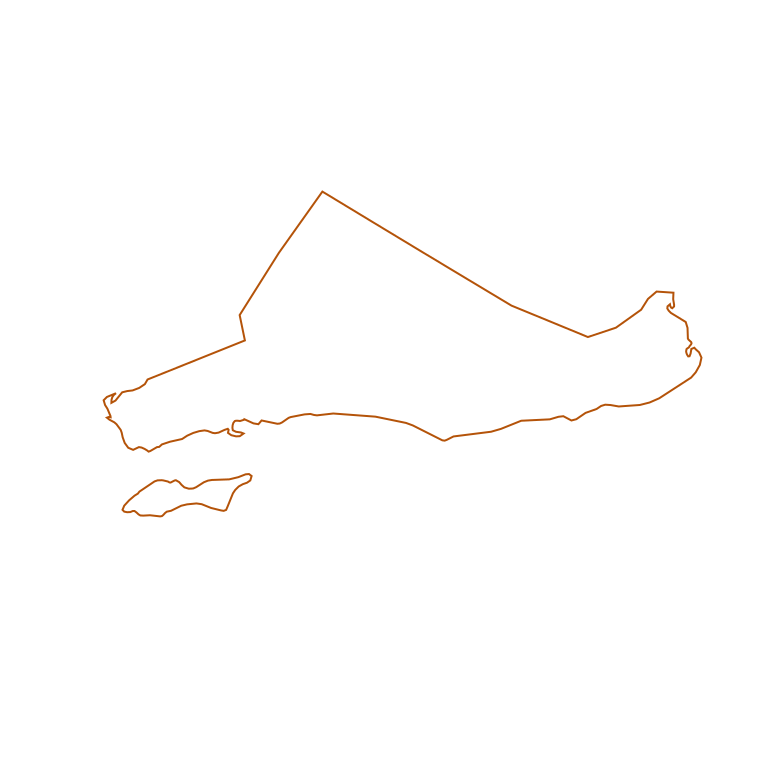 outline of Ash Sharqiyah South, rotated 51°
{"feature_id": "OMN-2406", "entity_name": "Ash Sharqiyah South", "entity_type": "Region", "adm_level": 1, "iso_a3": "OMN", "parent_name": "Oman", "parent_adm1": "", "projection": "albers", "projection_center": [58.929, 21.395], "detail": "fine", "context": "isolated", "style": "outline", "palette": "amber", "viewbox_px": 768, "rotation_deg": 51, "n_neighbors": 0, "source": "natural_earth", "source_scale": "10m", "svg_char_len": 2890}
<svg xmlns="http://www.w3.org/2000/svg" viewBox="0 0 768 768"><g transform="rotate(51 384 384)"><path d="M495.2,101.6L500.1,105.9L505.0,108.7L506.3,109.8L506.5,112.3L505.2,112.8L503.4,112.4L502.0,111.6L502.1,114.8L503.6,116.3L506.2,116.6L509.3,116.3L525.7,110.5L531.4,112.8L540.0,119.3L541.3,119.4L544.7,118.9L545.8,119.3L546.4,120.3L546.9,122.8L547.4,124.0L547.4,124.6L547.2,125.7L547.3,127.0L548.8,128.7L549.9,129.3L551.2,129.8L552.6,130.1L554.0,130.2L554.7,129.1L553.3,126.6L550.2,123.1L551.1,120.0L553.3,119.9L557.6,119.2L563.3,120.7L568.0,126.6L571.1,134.4L572.3,141.3L568.3,179.1L565.5,189.3L561.3,198.4L549.2,215.7L542.9,221.2L539.3,225.1L537.7,229.1L537.2,234.5L533.3,245.5L532.4,256.7L530.3,261.3L521.9,264.9L519.3,269.0L515.8,277.4L498.9,300.5L492.5,321.3L488.5,330.8L468.5,363.0L466.9,370.4L466.2,372.5L464.5,374.1L434.3,387.7L428.1,391.4L404.0,411.2L375.0,442.0L366.2,455.8L364.0,457.9L361.0,460.0L357.6,464.9L351.0,477.3L350.3,479.4L349.7,487.5L349.1,489.9L347.8,491.9L335.3,502.1L336.2,506.9L332.5,510.2L323.5,514.7L323.8,515.1L322.1,519.3L321.9,519.4L320.4,520.9L319.4,522.1L318.9,523.3L319.4,525.5L320.8,527.6L322.7,529.4L324.8,530.6L328.0,529.1L331.6,525.7L334.1,524.3L333.8,528.9L331.6,531.9L327.7,534.9L323.8,536.0L321.8,533.6L320.5,533.6L319.3,536.8L317.7,543.1L315.9,546.3L314.2,547.9L309.5,550.6L307.1,552.7L304.4,557.2L302.0,563.0L300.3,569.5L299.7,575.5L294.2,586.6L291.2,594.6L291.4,598.3L290.2,600.1L289.0,607.8L288.4,609.5L286.6,609.9L283.8,610.9L280.8,612.4L278.8,614.2L277.3,620.4L272.6,622.9L266.6,622.6L260.9,620.6L256.8,618.5L253.9,617.5L246.9,617.2L244.1,617.7L239.0,619.8L235.8,620.5L236.5,618.4L237.8,617.4L236.7,616.7L229.1,614.5L224.8,614.0L220.2,612.1L219.7,607.5L222.5,598.1L222.5,601.0L223.3,603.6L224.9,605.8L227.1,607.7L227.9,603.1L225.7,592.7L227.9,588.0L230.8,583.4L233.0,576.7L233.6,569.9L231.7,564.9L262.6,464.7L239.6,452.8L215.9,383.1L195.7,310.8L251.0,290.9L305.3,271.3L355.6,253.0L403.3,235.6L449.6,210.3L475.8,196.0L486.2,168.3L488.1,137.4L484.0,125.3L483.7,114.0L495.2,101.6ZM372.2,561.4L372.7,566.3L373.9,570.2L380.6,582.3L382.5,585.9L381.7,588.4L379.7,590.2L371.5,596.4L362.7,601.3L358.8,604.9L353.6,612.8L351.0,618.2L348.5,629.3L346.5,633.2L346.5,635.8L346.6,636.0L346.9,638.1L346.9,639.7L346.0,641.3L338.7,648.5L334.8,653.9L332.8,656.1L330.9,656.8L328.1,657.2L325.7,657.8L324.6,659.2L323.9,661.7L322.0,664.3L319.7,666.2L317.2,666.4L316.1,664.3L315.1,662.5L314.0,655.3L313.8,648.1L314.3,644.2L314.2,643.9L313.7,641.8L315.3,623.6L316.4,620.6L318.8,617.4L319.9,616.3L323.8,613.3L325.4,612.7L325.9,612.3L326.3,611.8L327.2,607.5L327.8,606.3L331.4,604.9L335.0,604.8L338.7,604.2L342.5,601.6L344.3,599.2L345.1,598.0L345.9,595.2L346.0,594.7L347.0,585.8L348.3,581.6L350.3,578.1L360.7,564.3L364.7,555.9L367.1,548.4L369.0,545.6L372.2,544.8L374.8,548.6L374.5,552.6L373.0,556.8L372.2,561.4Z" fill="none" stroke="#b45309" stroke-width="2"/></g></svg>